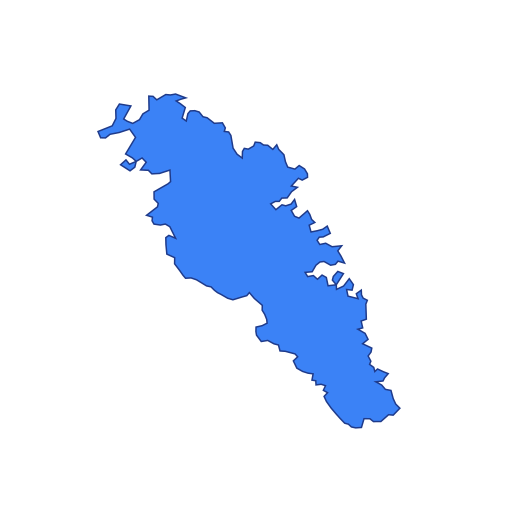 outline of Victor Graeff, Rio Grande do Sul, Brazil, rotated 117°
{"feature_id": "56859067B40903979142866", "entity_name": "Victor Graeff", "entity_type": "district", "adm_level": 2, "iso_a3": "BRA", "parent_name": "Brazil", "parent_adm1": "Rio Grande do Sul", "projection": "mercator", "projection_center": [-52.689, -28.548], "detail": "fine", "context": "isolated", "style": "filled", "palette": "blue", "viewbox_px": 512, "rotation_deg": 117, "n_neighbors": 0, "source": "geoboundaries", "source_scale": "gbopen_adm2", "svg_char_len": 3329}
<svg xmlns="http://www.w3.org/2000/svg" viewBox="0 0 512 512"><g transform="rotate(117 256 256)"><path d="M320.8,69.0L314.5,74.7L316.1,80.2L313.9,85.4L313.7,92.1L309.7,86.1L306.1,86.1L300.8,84.8L301.3,90.2L301.5,96.4L305.0,97.7L301.8,100.5L301.0,105.6L297.6,105.9L294.2,110.7L289.4,109.9L285.5,111.0L285.8,121.2L279.4,118.3L275.4,123.7L275.0,132.0L271.6,128.3L266.2,132.8L262.2,129.0L249.0,136.3L244.9,136.7L244.9,141.4L242.7,144.4L238.6,146.7L244.1,149.5L247.7,145.7L250.0,155.8L244.7,160.1L242.8,154.9L237.3,156.2L233.9,162.6L243.0,164.3L249.2,169.1L245.2,171.4L249.8,178.3L243.2,183.6L243.0,188.5L248.8,190.7L247.4,196.0L250.9,200.6L248.3,204.8L244.5,198.8L237.0,198.4L232.3,196.3L230.0,192.9L230.3,185.3L227.4,181.5L223.4,180.6L222.1,173.9L217.4,180.4L214.3,185.5L208.0,184.3L213.2,192.4L213.0,199.7L216.8,204.4L214.3,208.7L210.5,208.2L208.5,204.8L202.1,200.1L197.0,206.1L201.9,208.7L205.7,212.9L209.6,217.9L204.4,222.6L199.4,218.8L198.2,223.0L194.5,227.0L192.3,230.7L202.7,234.9L203.1,239.7L199.4,245.3L193.5,242.2L188.1,247.3L193.8,248.3L197.8,252.3L198.6,256.1L205.7,259.3L202.9,266.6L198.6,263.6L196.8,260.1L192.7,259.3L190.1,254.6L182.5,253.5L176.0,250.3L177.6,256.3L167.5,253.5L167.4,249.3L162.5,245.8L159.4,247.5L156.4,252.3L155.8,258.6L160.9,260.8L162.4,268.1L158.6,272.6L153.1,277.1L150.7,284.2L147.5,288.0L153.4,289.4L152.0,295.8L153.7,299.7L153.1,303.7L154.9,308.4L159.0,308.0L164.3,311.4L165.4,315.3L169.0,315.5L175.0,312.7L173.9,319.1L170.3,325.4L160.0,333.1L157.9,336.7L159.4,340.8L155.8,341.5L152.6,346.4L156.7,353.4L155.0,362.3L156.0,366.5L153.5,372.0L154.3,376.5L156.6,380.5L160.1,381.3L167.4,379.4L166.7,384.4L155.8,386.4L154.7,392.3L154.1,397.5L150.6,394.3L147.0,390.4L148.2,401.2L151.4,405.4L153.1,409.7L161.9,415.3L160.5,420.2L162.2,424.1L174.6,417.5L180.7,421.3L187.4,421.7L193.8,426.0L194.4,431.8L194.0,436.1L179.1,435.6L182.6,446.7L189.5,447.3L197.0,443.2L205.3,443.2L216.8,453.3L221.2,448.1L219.1,443.7L213.8,441.3L208.1,434.0L200.3,426.2L205.0,417.2L224.3,418.5L224.7,410.6L226.1,405.7L220.4,402.0L222.3,396.4L231.7,397.9L228.5,390.8L230.1,386.1L226.2,379.4L218.5,371.7L228.5,365.9L231.7,367.2L245.1,376.0L251.6,372.6L253.5,367.0L256.9,366.1L269.4,372.0L268.4,365.9L271.8,364.6L273.9,361.4L271.8,355.2L268.7,351.3L269.0,346.1L276.7,335.7L277.2,343.0L280.6,344.7L286.9,341.3L294.8,336.3L294.4,327.7L299.9,325.0L303.7,317.2L306.3,312.3L307.8,308.7L305.0,303.9L304.2,298.3L304.6,292.7L305.1,286.5L303.9,282.0L305.4,277.5L306.1,273.7L306.1,269.6L306.5,262.1L305.5,256.7L299.3,250.3L295.5,246.2L291.6,245.3L294.6,238.2L297.1,228.0L301.5,225.9L304.0,221.8L307.6,217.7L310.8,215.6L315.3,218.9L319.3,223.7L323.3,221.8L326.3,219.6L329.8,212.5L325.9,207.2L326.1,200.1L325.1,195.6L329.7,191.5L327.6,186.6L325.5,176.8L326.9,173.1L332.5,175.1L337.4,168.7L337.7,162.1L336.8,156.6L335.1,151.6L341.2,149.8L340.0,146.1L343.6,144.0L340.7,139.7L340.0,135.2L345.1,135.0L345.3,130.2L350.2,131.6L353.7,127.1L357.5,119.8L360.6,112.3L362.5,107.4L364.7,101.1L363.9,97.3L365.0,93.4L363.9,89.2L360.9,84.2L351.9,85.9L349.3,80.6L350.2,76.2L346.8,69.6L337.2,65.8L335.5,61.5L326.3,58.7L324.5,64.3L320.8,69.0ZM226.1,405.7L231.7,410.4L229.4,415.5L236.2,418.1L237.3,406.9L231.9,404.3L226.1,405.7ZM245.2,171.4L232.0,170.1L232.6,176.1L239.1,177.8L242.8,177.0L245.2,171.4Z" fill="#3b82f6" stroke="#1e3a8a" stroke-width="1.5"/></g></svg>